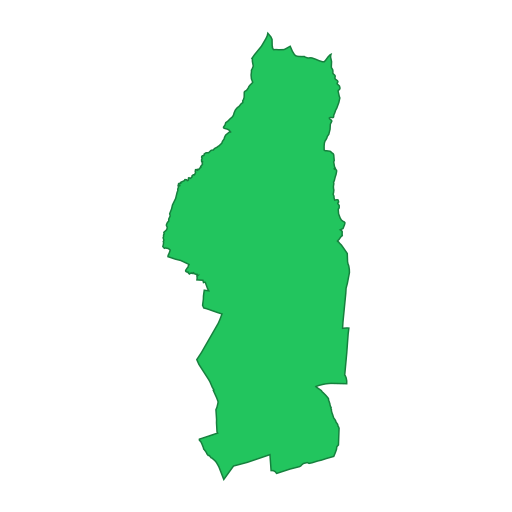 Faraoani, Bacau, Romania, rotated 88°
{"feature_id": "2599482B40423356180677", "entity_name": "Faraoani", "entity_type": "district", "adm_level": 2, "iso_a3": "ROU", "parent_name": "Romania", "parent_adm1": "Bacau", "projection": "orthographic", "projection_center": [26.881, 46.431], "detail": "fine", "context": "isolated", "style": "filled", "palette": "green", "viewbox_px": 512, "rotation_deg": 88, "n_neighbors": 0, "source": "geoboundaries", "source_scale": "gbopen_adm2", "svg_char_len": 6078}
<svg xmlns="http://www.w3.org/2000/svg" viewBox="0 0 512 512"><g transform="rotate(88 256 256)"><path d="M478.2,296.0L465.1,285.8L461.9,271.8L455.0,249.0L471.0,248.4L471.1,246.2L472.3,244.2L474.0,243.0L470.1,229.4L468.0,219.8L467.3,218.5L466.4,217.7L465.0,215.8L464.2,212.0L465.1,210.2L464.6,207.2L463.0,201.4L462.3,197.8L460.8,192.6L459.0,185.3L455.3,183.6L452.0,182.3L449.4,181.9L447.7,180.2L431.1,179.0L429.8,179.4L429.1,179.9L427.1,180.3L424.6,181.9L423.4,182.2L422.1,182.9L420.6,184.0L417.0,185.0L415.9,185.4L413.5,186.0L412.0,186.0L410.9,186.5L410.0,186.2L409.0,186.8L407.0,187.3L406.4,187.3L403.6,188.1L402.6,188.5L401.3,188.5L400.5,188.9L397.7,191.1L394.8,193.8L394.5,194.3L392.7,195.5L389.2,200.2L388.5,200.7L387.5,197.6L386.7,193.9L386.2,190.9L386.0,188.1L385.9,185.4L386.8,169.8L384.0,169.7L381.1,170.1L378.9,170.9L378.1,171.5L356.1,168.7L336.9,166.6L331.3,165.7L331.1,167.5L331.2,170.4L331.3,172.0L325.0,171.4L296.6,167.6L291.3,167.1L286.7,165.7L275.8,163.2L272.8,163.2L270.1,163.5L268.5,163.8L267.3,164.3L265.0,164.7L256.7,164.7L251.5,168.0L248.0,170.3L245.8,172.4L245.4,172.5L244.4,173.4L244.3,173.6L244.3,174.0L243.8,174.1L242.4,172.5L239.9,170.6L238.9,169.6L238.9,169.3L238.3,169.0L237.5,169.2L234.7,169.0L233.9,169.4L232.8,170.9L231.6,168.1L228.2,166.6L226.7,166.1L225.8,166.0L225.1,166.5L224.4,167.8L223.1,169.4L220.9,170.6L216.7,172.0L212.5,172.2L211.6,171.9L211.0,171.3L210.6,171.2L208.9,171.1L208.5,171.1L207.5,171.7L206.3,172.5L205.7,172.3L204.9,171.5L202.9,172.0L202.7,172.4L202.6,173.2L202.9,175.4L200.6,176.0L198.9,176.0L197.2,176.7L196.6,176.7L195.5,176.3L192.8,175.9L191.0,176.2L189.0,176.2L186.6,175.7L184.7,175.9L183.7,175.2L179.8,174.1L177.4,173.2L174.4,172.5L173.2,172.5L171.8,173.6L171.5,174.0L171.9,174.6L171.5,174.8L171.0,174.4L170.8,173.8L170.1,174.2L169.0,174.5L164.6,175.1L163.4,174.5L157.7,174.8L156.6,175.2L155.8,176.1L155.2,177.1L154.4,177.5L154.2,177.8L153.9,178.4L153.3,181.7L153.3,182.6L153.1,183.4L152.5,184.2L148.6,184.1L145.4,183.7L143.5,183.0L142.3,182.1L140.6,181.1L139.0,180.6L136.9,179.0L132.0,177.6L126.8,177.1L124.1,175.6L123.5,175.6L122.9,175.9L122.0,177.2L121.3,177.8L120.6,177.9L120.3,177.5L120.1,176.6L120.4,174.5L120.2,173.9L119.7,173.6L117.7,173.3L115.7,172.3L113.0,171.3L111.2,170.2L105.6,167.9L101.0,166.7L99.0,167.3L94.1,168.2L93.4,168.0L92.5,166.8L91.7,166.3L90.5,166.3L89.0,166.7L86.9,168.8L86.2,168.9L85.1,168.2L84.4,168.1L83.6,168.6L82.1,170.4L81.2,171.0L79.3,170.6L78.3,170.8L76.9,172.2L76.1,172.8L73.8,172.7L72.4,172.9L70.5,174.0L69.5,174.1L64.4,173.7L59.9,174.5L58.3,174.4L57.1,174.0L57.5,174.9L59.4,176.9L62.8,179.6L64.3,181.1L64.2,182.8L63.0,186.2L61.4,189.6L60.0,193.2L59.8,194.8L60.0,197.1L59.0,199.8L58.3,200.8L58.3,203.1L58.0,206.9L57.7,208.2L57.2,209.4L56.0,210.6L52.7,212.5L47.6,214.5L50.2,219.6L50.7,220.9L50.7,226.0L50.4,228.7L50.4,231.3L48.4,232.4L47.9,232.2L46.4,232.5L40.1,232.4L37.5,233.5L33.8,236.4L36.4,237.1L39.1,238.5L46.5,243.2L54.7,250.4L58.4,253.2L58.7,252.8L61.6,252.8L66.1,252.1L68.7,253.2L70.2,254.1L71.7,254.1L74.9,254.6L78.7,254.4L82.3,253.2L83.3,254.1L84.8,255.8L86.4,257.2L87.9,257.9L89.8,259.4L90.4,260.1L91.0,261.3L91.8,262.0L97.0,262.3L99.1,263.0L100.5,263.9L101.9,263.7L102.3,263.9L103.1,265.3L106.0,267.8L107.0,269.4L108.4,270.7L109.5,271.6L112.0,272.8L114.4,273.6L116.1,274.7L118.1,277.2L120.3,279.5L121.7,281.6L124.0,282.4L126.1,284.0L126.8,283.9L127.3,283.2L128.1,280.6L129.0,278.8L131.2,277.0L131.3,277.1L131.2,278.1L131.4,278.6L134.1,282.1L136.3,283.3L138.0,283.8L140.2,285.5L142.0,286.2L144.6,289.1L145.2,290.2L145.8,290.9L147.2,293.8L148.6,294.9L148.7,296.5L149.0,297.4L151.1,299.7L151.1,302.0L151.3,302.8L152.4,304.3L152.9,304.2L153.8,304.7L153.9,305.9L154.5,306.7L155.5,306.9L156.3,306.4L157.7,307.0L159.2,307.1L159.5,307.0L159.7,306.2L160.1,306.1L160.5,306.6L162.5,306.3L164.6,308.2L164.9,308.2L165.3,308.0L165.9,308.5L166.2,309.2L166.7,309.7L167.5,310.0L167.6,310.7L167.4,311.4L168.3,311.5L168.1,312.0L167.6,312.7L167.6,313.4L169.3,313.8L170.4,313.5L172.7,314.6L172.6,315.2L172.6,315.8L173.4,316.8L173.8,317.2L174.4,317.1L174.8,317.2L175.3,318.0L176.1,318.6L175.8,319.7L175.4,320.2L175.6,320.7L177.8,321.0L178.2,321.4L178.3,321.7L178.2,322.1L177.4,322.7L177.2,323.6L177.2,324.4L178.2,325.0L179.2,327.3L179.4,328.0L179.8,328.7L180.5,328.5L180.8,328.8L180.9,329.0L180.7,330.1L180.8,330.5L181.2,330.9L181.6,331.1L182.2,331.0L182.8,329.7L183.0,329.7L183.1,330.1L183.0,331.2L183.1,331.4L183.9,331.1L185.4,331.4L186.4,331.9L187.8,331.8L189.6,332.6L195.7,334.3L202.1,337.7L205.9,338.7L210.8,340.8L212.5,340.4L213.3,340.5L215.7,341.8L216.7,342.0L217.7,342.0L218.4,342.2L218.8,342.9L220.0,343.7L221.9,344.5L222.6,344.4L224.0,343.7L226.0,344.1L226.7,344.5L227.9,345.7L228.5,346.7L229.4,347.3L230.7,347.0L231.4,347.5L232.0,347.7L233.6,347.7L234.5,348.2L237.0,347.5L238.4,348.2L239.1,347.9L239.6,347.9L241.7,348.3L243.3,348.8L245.1,347.3L244.8,346.2L245.5,343.3L247.1,341.5L250.2,342.7L252.3,343.8L253.6,344.0L256.3,336.8L257.8,331.5L262.1,323.2L263.4,324.0L264.8,324.3L265.4,325.0L267.9,326.8L268.7,326.8L269.2,326.4L269.7,325.4L269.7,324.9L269.6,324.6L270.6,324.2L271.7,323.2L271.5,322.8L270.9,322.3L271.0,321.5L270.7,321.1L271.2,320.4L271.2,320.1L270.8,319.9L270.8,319.6L270.5,319.1L271.0,318.6L271.5,318.6L272.0,316.8L272.2,316.7L272.3,315.5L273.5,315.7L273.4,314.8L274.1,315.6L276.2,315.6L277.8,315.9L278.4,309.9L280.7,309.4L280.4,308.4L280.4,307.9L280.6,307.6L286.4,305.7L289.1,304.5L288.4,308.9L294.1,309.9L297.3,310.1L303.4,311.1L306.1,310.0L306.9,307.3L311.2,296.3L312.7,292.0L318.3,294.3L322.0,296.1L350.6,313.9L357.5,318.8L362.4,316.8L377.5,307.8L379.9,306.5L386.0,304.1L387.8,303.0L388.4,302.8L388.7,303.4L396.5,300.2L400.1,299.0L401.5,299.1L404.0,299.8L405.8,300.3L408.2,301.4L418.0,301.1L421.3,301.3L430.2,301.1L431.7,300.5L432.3,302.8L437.0,318.8L437.1,319.0L438.1,319.0L439.9,317.5L441.7,316.7L445.9,315.2L446.9,315.1L447.5,314.7L447.9,314.2L448.5,314.0L449.1,313.4L451.4,312.1L451.8,312.1L453.7,310.7L453.8,309.6L456.1,307.9L456.4,307.1L459.0,304.3L460.9,302.8L463.7,301.3L465.8,300.3L478.2,296.0Z" fill="#22c55e" stroke="#15803d" stroke-width="1.5"/></g></svg>